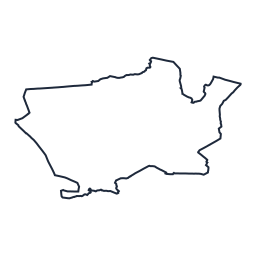 outline of Pureņu pag., Ludzas, Latvia
{"feature_id": "27541924B20679895578049", "entity_name": "Pureņu pag.", "entity_type": "district", "adm_level": 2, "iso_a3": "LVA", "parent_name": "Latvia", "parent_adm1": "Ludzas", "projection": "natural_earth1", "projection_center": [27.639, 56.462], "detail": "fine", "context": "isolated", "style": "outline", "palette": "slate", "viewbox_px": 256, "rotation_deg": 0, "n_neighbors": 0, "source": "geoboundaries", "source_scale": "gbopen_adm2", "svg_char_len": 5439}
<svg xmlns="http://www.w3.org/2000/svg" viewBox="0 0 256 256"><path d="M116.6,193.6L117.5,193.4L118.2,193.0L118.1,192.6L117.9,192.2L118.2,191.8L118.8,191.4L118.9,191.2L118.3,190.7L117.9,190.4L117.5,189.9L117.1,189.7L116.8,189.4L116.5,188.9L116.2,188.4L116.2,187.9L116.6,187.3L116.9,186.5L116.9,186.2L116.7,186.0L116.5,185.9L116.2,183.8L115.0,182.8L115.2,182.3L115.9,180.9L116.0,180.5L120.7,178.3L122.6,178.2L123.6,178.2L125.1,178.3L125.7,178.4L126.3,178.4L126.6,178.4L127.1,178.2L128.1,177.9L128.2,177.7L129.1,177.1L129.4,176.9L130.0,176.6L129.9,176.5L133.3,174.5L135.3,173.2L139.9,170.8L143.6,168.7L148.5,166.1L149.4,165.8L150.2,166.1L152.4,166.1L154.7,166.4L156.7,167.7L159.2,169.0L160.4,169.7L161.1,169.9L166.1,172.5L165.5,173.5L166.5,173.9L170.1,174.2L172.7,174.2L172.9,174.2L173.1,173.9L173.6,173.1L173.9,172.9L174.5,173.4L186.5,173.5L189.2,173.6L192.3,173.6L194.1,173.7L195.0,173.6L195.3,173.6L199.2,173.7L200.9,173.9L203.7,174.7L207.9,172.5L207.9,171.6L208.2,170.6L208.5,167.9L208.4,167.2L206.0,165.1L206.5,164.3L206.8,163.7L207.1,162.7L207.3,162.5L206.4,161.8L206.4,161.7L207.3,160.0L207.3,159.9L207.2,159.8L204.8,157.7L203.6,156.8L201.2,154.8L198.2,152.5L198.1,152.2L199.6,150.2L203.4,148.2L205.8,146.9L216.6,140.8L220.4,138.5L220.8,134.6L220.8,133.8L219.5,132.4L218.8,128.6L221.4,126.6L221.1,124.2L220.7,123.6L220.7,123.0L220.9,121.6L220.6,121.0L220.2,119.7L220.2,118.7L219.7,116.2L219.9,114.9L219.5,110.1L219.5,108.5L220.3,105.9L222.2,103.9L223.8,100.8L225.7,99.9L228.1,97.4L231.6,93.5L233.2,92.3L234.7,90.4L237.4,87.5L238.5,86.5L240.2,85.0L240.6,84.4L240.6,83.7L233.7,82.0L230.1,81.0L225.0,79.7L224.5,79.5L220.7,78.1L219.3,77.6L217.8,77.6L213.6,76.6L213.2,78.7L213.1,79.1L210.9,83.0L210.4,83.8L210.1,84.2L209.2,85.1L208.4,85.4L207.2,85.4L206.1,84.8L205.8,84.7L205.5,84.8L205.2,85.0L204.6,85.7L204.4,86.0L204.2,86.3L204.1,86.5L204.1,86.8L204.6,87.7L204.5,88.0L204.4,88.3L204.2,89.5L203.7,91.6L203.8,91.8L204.6,92.6L205.1,93.1L205.4,93.8L205.3,94.2L204.6,95.8L203.4,97.2L201.9,99.0L200.6,100.5L200.4,100.6L200.1,100.7L199.4,100.9L197.2,101.3L196.5,101.6L194.7,101.8L194.4,101.9L194.3,102.1L194.1,102.3L193.6,102.8L192.4,102.7L191.6,102.4L191.7,102.2L192.3,99.9L191.5,98.4L190.2,97.7L188.9,97.4L186.9,96.5L185.9,95.9L184.1,94.9L182.5,93.7L182.4,93.7L182.4,92.8L182.2,92.0L182.1,91.1L181.6,89.0L181.2,88.6L181.3,88.6L181.1,86.2L179.7,81.0L179.7,80.2L179.7,79.9L180.2,78.6L180.8,75.7L180.4,75.1L180.4,74.0L180.4,72.8L179.8,68.8L179.5,68.5L178.8,67.7L176.7,65.5L173.4,61.9L166.4,60.6L161.5,59.5L152.8,57.7L152.5,57.8L151.3,58.1L150.8,58.8L149.8,60.0L150.2,60.6L150.5,60.8L150.7,61.0L151.1,61.2L151.1,61.6L151.0,61.9L150.8,62.1L150.6,62.8L150.5,63.0L150.2,63.2L149.3,63.5L149.2,63.6L149.4,63.8L149.6,63.9L149.9,64.2L149.9,64.6L149.8,65.0L149.8,65.5L150.0,66.1L150.4,66.9L150.3,67.2L150.1,67.5L149.6,67.7L148.6,67.7L147.8,67.7L147.6,67.7L147.3,67.9L147.1,67.9L146.9,68.1L146.5,68.2L146.4,68.3L146.3,68.6L146.0,70.1L145.9,70.3L145.2,70.6L145.0,70.8L144.9,70.9L144.7,71.1L144.5,71.5L144.2,71.7L143.5,71.9L142.8,72.1L142.4,72.4L142.0,72.7L141.8,73.1L140.6,73.5L139.4,74.1L138.5,74.3L137.7,74.4L136.2,74.3L135.6,74.2L134.5,74.2L134.2,74.3L133.7,74.6L133.3,74.7L132.6,74.7L130.4,74.5L128.9,75.0L127.7,75.1L126.8,75.0L126.4,75.1L125.3,75.7L124.8,76.0L123.7,77.0L123.1,77.1L122.8,77.2L122.6,77.3L121.2,77.5L120.5,77.6L119.8,77.8L119.0,77.9L118.6,77.9L117.9,77.9L116.4,77.6L115.8,77.4L115.6,77.3L115.5,77.2L110.0,76.1L107.4,77.8L103.0,78.4L102.1,78.7L100.5,79.2L100.3,79.3L98.4,80.9L98.3,81.0L94.4,81.6L94.0,81.6L93.3,81.3L93.1,81.3L93.1,81.1L92.8,81.0L92.7,81.1L92.2,81.6L92.0,81.9L92.0,82.0L91.9,82.0L92.0,82.2L91.8,82.7L91.7,83.6L91.6,84.6L85.6,85.2L82.1,85.4L76.9,85.8L74.3,85.9L67.3,86.5L63.3,86.9L61.7,87.0L58.1,87.3L53.4,87.6L52.4,87.7L40.2,88.5L37.4,88.6L33.6,88.9L30.7,89.0L26.2,89.4L24.8,93.0L24.0,95.6L23.6,96.7L23.7,97.2L24.9,100.6L25.0,100.6L25.2,101.4L25.8,102.7L26.0,103.6L26.9,105.6L28.6,110.2L29.2,111.9L29.5,112.7L28.0,113.9L28.1,114.0L22.4,118.2L17.8,119.9L17.7,120.0L15.6,119.8L15.4,122.6L15.6,123.0L18.3,125.2L18.3,125.3L18.7,126.3L23.6,130.9L26.0,133.3L26.3,133.2L26.8,133.6L30.4,136.8L31.5,138.0L32.9,139.2L33.8,140.0L36.7,143.4L39.1,146.6L42.4,150.8L44.5,153.6L45.7,155.3L47.7,160.3L48.4,161.9L52.1,169.0L52.4,169.6L54.2,173.4L54.9,175.2L59.2,176.1L64.8,177.4L67.4,178.4L71.2,180.2L74.8,181.7L77.4,182.9L78.5,185.4L79.1,186.7L78.6,189.1L78.3,191.5L73.5,191.5L69.8,191.4L67.6,191.4L63.8,190.4L63.2,190.0L61.0,190.8L61.3,194.1L61.6,196.3L61.9,196.7L62.6,197.5L67.9,198.2L69.4,198.3L72.5,197.4L72.8,197.2L73.2,197.1L73.7,196.9L74.2,197.0L74.7,196.8L75.2,196.5L75.5,196.5L76.0,196.4L76.7,196.0L79.3,196.1L80.9,195.9L81.7,196.2L82.3,196.0L82.9,195.6L83.7,195.0L84.3,194.5L84.5,194.4L84.9,194.4L85.1,194.3L85.4,194.3L85.7,194.4L85.8,194.4L86.4,194.6L86.5,194.7L87.2,195.0L87.5,194.7L87.8,194.4L88.5,193.5L88.7,193.3L89.1,193.1L90.0,192.9L90.4,192.7L90.6,192.5L90.7,192.4L90.6,191.9L90.3,191.4L89.9,190.9L89.5,190.7L89.0,190.5L88.7,190.3L88.8,190.0L88.8,189.7L89.2,189.0L89.5,188.8L89.7,188.6L90.0,188.6L90.3,188.8L90.7,189.4L90.8,189.8L91.0,190.2L91.3,190.4L91.7,190.5L93.6,190.7L94.3,190.8L94.7,191.0L95.5,191.3L95.9,191.3L96.1,191.2L96.4,190.8L97.7,190.4L98.3,190.3L99.1,190.3L99.7,190.2L100.8,189.7L101.0,189.7L101.5,189.8L101.7,190.0L101.7,190.3L101.8,190.4L102.6,190.4L103.2,190.7L104.1,190.9L105.0,190.8L106.7,190.8L107.7,191.1L109.2,191.1L110.3,191.0L116.6,193.6Z" fill="none" stroke="#1e293b" stroke-width="2"/></svg>